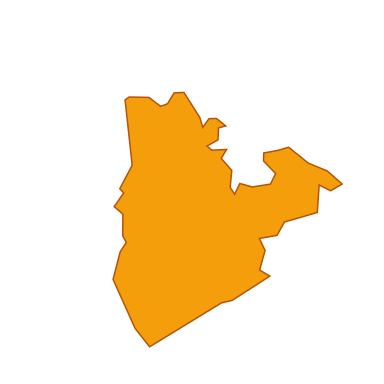 outline of Larue, Kentucky, United States of America, rotated 324°
{"feature_id": "52423323B54647754041749", "entity_name": "Larue", "entity_type": "district", "adm_level": 2, "iso_a3": "USA", "parent_name": "United States of America", "parent_adm1": "Kentucky", "projection": "natural_earth1", "projection_center": [-85.644, 37.577], "detail": "fine", "context": "isolated", "style": "filled", "palette": "amber", "viewbox_px": 384, "rotation_deg": 324, "n_neighbors": 0, "source": "geoboundaries", "source_scale": "gbopen_adm2", "svg_char_len": 834}
<svg xmlns="http://www.w3.org/2000/svg" viewBox="0 0 384 384"><g transform="rotate(324 192 192)"><path d="M66.7,292.3L150.7,299.0L160.8,303.3L205.6,305.8L200.8,294.9L216.8,282.2L219.2,269.2L235.3,277.1L249.1,270.6L281.3,282.2L299.0,261.1L304.9,272.5L318.2,273.8L313.8,254.5L303.1,237.1L296.5,212.6L285.7,208.7L273.0,202.6L268.1,208.9L270.5,226.3L260.1,231.7L243.8,223.4L235.7,213.2L225.2,218.9L225.6,210.7L236.9,197.9L235.4,182.0L245.0,177.9L232.6,169.8L231.1,163.6L243.7,165.1L251.2,155.7L258.1,158.4L255.0,146.9L248.9,142.7L238.7,146.0L242.1,136.3L244.0,106.7L235.8,101.3L224.1,106.2L217.0,104.3L212.7,90.1L197.0,78.2L191.9,78.2L186.5,87.8L159.3,135.2L135.5,146.9L136.2,152.6L120.4,158.1L123.1,169.3L110.2,186.7L109.2,194.2L98.7,198.2L76.8,216.3L65.8,268.8L66.7,292.3Z" fill="#f59e0b" stroke="#b45309" stroke-width="1.5"/></g></svg>